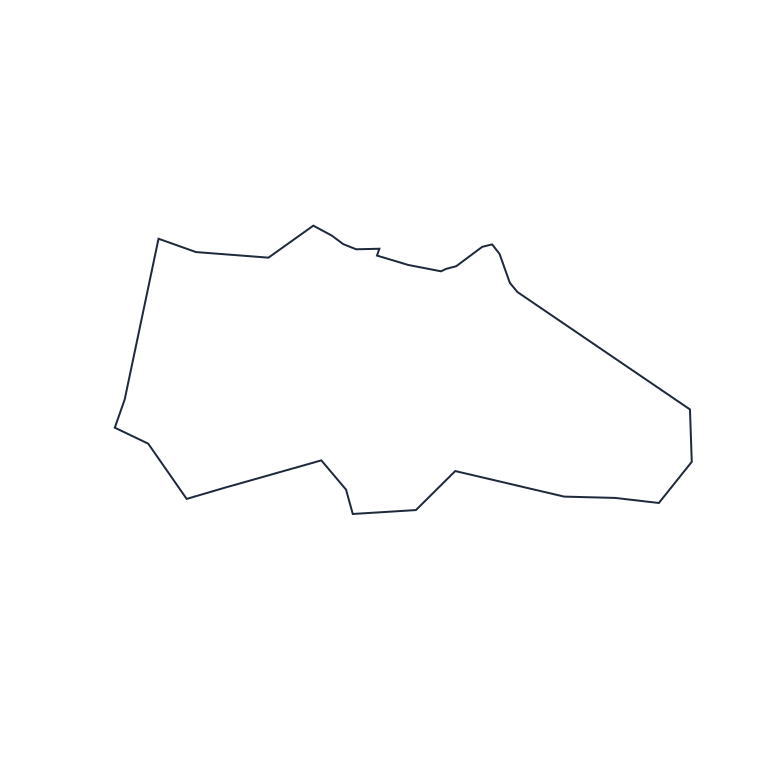 outline of Santa Cruz, rotated 332°
{"feature_id": "CPV-5048", "entity_name": "Santa Cruz", "entity_type": "state/province", "adm_level": 1, "iso_a3": "CPV", "parent_name": "Cabo Verde", "parent_adm1": "", "projection": "mercator", "projection_center": [-23.551, 15.108], "detail": "fine", "context": "isolated", "style": "outline", "palette": "slate", "viewbox_px": 768, "rotation_deg": 332, "n_neighbors": 0, "source": "natural_earth", "source_scale": "10m", "svg_char_len": 574}
<svg xmlns="http://www.w3.org/2000/svg" viewBox="0 0 768 768"><g transform="rotate(332 384 384)"><path d="M253.1,149.9L280.0,179.3L341.3,218.2L395.9,211.0L407.6,228.5L413.7,241.4L422.7,252.0L443.4,262.4L438.1,267.3L461.2,290.2L487.3,311.3L492.9,311.5L503.0,313.9L535.2,309.0L545.0,311.5L547.1,323.3L542.6,353.8L545.0,365.5L642.2,550.1L619.2,597.2L570.8,618.1L534.6,593.1L490.2,568.0L406.0,494.3L353.0,510.3L295.4,484.1L300.9,459.5L292.8,422.0L196.1,401.1L155.8,392.8L147.8,326.0L125.8,296.2L147.8,275.9L253.1,149.9Z" fill="none" stroke="#1e293b" stroke-width="2"/></g></svg>